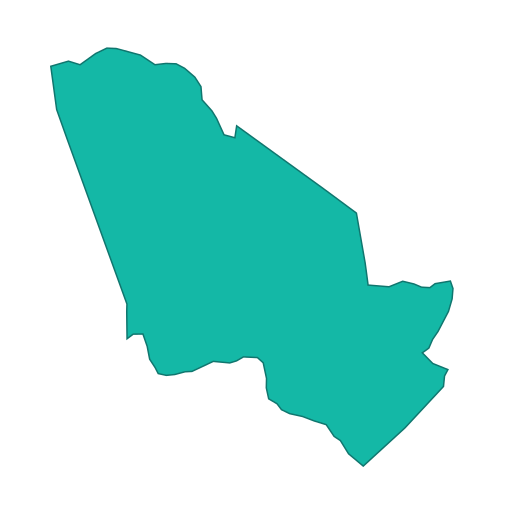 Pedro Velho, Rio Grande do Norte, Brazil, rotated 177°
{"feature_id": "56859067B99924814436058", "entity_name": "Pedro Velho", "entity_type": "district", "adm_level": 2, "iso_a3": "BRA", "parent_name": "Brazil", "parent_adm1": "Rio Grande do Norte", "projection": "orthographic", "projection_center": [-35.235, -6.465], "detail": "fine", "context": "isolated", "style": "filled", "palette": "teal", "viewbox_px": 512, "rotation_deg": 177, "n_neighbors": 0, "source": "geoboundaries", "source_scale": "gbopen_adm2", "svg_char_len": 1081}
<svg xmlns="http://www.w3.org/2000/svg" viewBox="0 0 512 512"><g transform="rotate(177 256 256)"><path d="M159.9,40.6L116.2,76.6L75.6,115.9L74.0,126.3L70.3,132.5L85.1,139.4L95.0,150.6L88.2,155.0L84.0,163.5L78.2,171.1L66.7,190.6L62.4,202.9L61.0,213.2L63.2,220.8L78.6,219.0L84.0,215.3L92.3,216.2L99.7,219.8L110.8,223.1L124.8,218.3L145.6,221.1L146.7,235.3L147.4,243.6L153.5,293.6L184.9,319.5L268.5,387.0L270.9,375.2L281.6,378.7L288.2,395.5L292.4,403.2L301.7,414.8L302.1,428.0L307.7,437.8L317.5,447.2L325.7,452.1L335.8,453.0L346.9,452.3L360.9,462.7L384.7,470.5L394.1,471.4L405.5,466.6L421.7,456.2L433.1,460.4L451.0,456.2L447.4,412.7L438.5,382.8L387.4,214.8L388.0,207.2L389.1,180.1L382.7,184.4L373.0,184.0L369.4,171.5L367.6,158.5L362.6,149.9L359.8,143.7L351.8,141.5L343.3,141.9L332.9,144.1L326.0,144.1L304.2,153.0L287.8,150.6L280.9,152.3L273.8,155.9L259.9,154.5L254.4,149.0L251.9,133.2L252.6,123.8L250.8,112.7L242.7,107.3L238.6,101.2L230.6,96.8L217.9,93.3L206.4,88.2L194.7,83.9L187.4,71.7L181.4,67.3L173.9,53.6L159.9,40.6Z" fill="#14b8a6" stroke="#0f766e" stroke-width="1.5"/></g></svg>